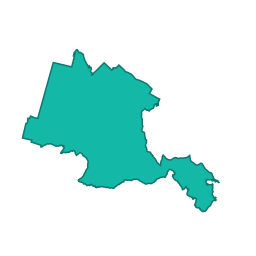 Ghidfalau, Covasna, Romania (Albers equal-area conic projection), rotated 102°
{"feature_id": "2599482B32628699176432", "entity_name": "Ghidfalau", "entity_type": "district", "adm_level": 2, "iso_a3": "ROU", "parent_name": "Romania", "parent_adm1": "Covasna", "projection": "albers", "projection_center": [25.894, 45.924], "detail": "fine", "context": "isolated", "style": "filled", "palette": "teal", "viewbox_px": 256, "rotation_deg": 102, "n_neighbors": 0, "source": "geoboundaries", "source_scale": "gbopen_adm2", "svg_char_len": 5838}
<svg xmlns="http://www.w3.org/2000/svg" viewBox="0 0 256 256"><g transform="rotate(102 128 128)"><path d="M161.9,219.7L162.9,209.5L164.6,209.4L164.4,208.3L162.9,207.1L161.1,204.5L160.3,203.6L160.2,202.4L159.5,200.5L159.5,200.2L160.0,197.9L160.1,196.8L160.4,195.6L160.9,194.6L160.3,193.4L160.2,192.5L159.5,190.8L159.2,190.8L158.9,190.4L158.7,188.1L158.9,187.2L159.7,187.8L160.3,186.4L161.4,186.5L165.7,188.4L165.8,187.7L166.1,187.5L166.7,188.0L166.7,187.6L165.1,186.0L165.0,185.2L165.2,184.5L165.1,183.8L164.2,181.8L164.2,181.2L163.4,179.9L162.5,179.3L162.2,178.9L162.2,178.2L162.4,177.6L161.4,176.7L161.6,175.7L162.5,174.8L164.3,173.9L165.4,172.7L162.1,170.0L162.0,169.7L162.6,167.8L163.5,166.9L164.3,166.4L165.8,162.7L168.9,160.0L173.2,159.7L174.5,159.2L175.5,159.1L178.8,160.6L180.1,160.5L180.9,161.0L184.3,161.8L186.8,163.1L187.5,164.3L188.2,164.7L188.9,165.6L189.7,165.7L190.6,164.8L190.8,161.8L191.2,159.9L191.5,159.3L191.8,159.4L191.5,158.6L192.0,157.8L192.1,157.0L192.4,156.4L192.7,156.3L192.7,155.5L191.9,154.3L191.8,153.4L191.5,153.1L191.8,153.1L191.4,152.5L191.2,152.8L191.1,152.6L191.2,152.0L190.9,151.8L191.7,150.2L192.2,149.9L191.7,148.7L192.1,148.1L191.8,147.8L192.0,147.6L192.4,147.8L192.8,147.5L192.9,146.7L192.6,146.4L192.3,145.1L191.7,145.2L191.5,144.9L191.3,144.3L191.7,143.4L191.4,143.0L190.5,140.8L190.8,140.4L190.6,138.4L190.7,136.9L190.5,136.7L190.6,136.3L190.1,135.6L190.4,134.7L190.6,133.2L190.0,132.0L190.0,130.1L189.6,129.8L189.7,129.3L188.9,128.6L188.1,128.4L187.0,127.1L185.9,126.5L185.3,125.6L185.2,125.1L184.9,125.1L184.7,124.5L183.0,123.6L182.7,123.1L182.9,122.8L182.3,122.5L181.5,120.9L180.0,120.8L179.7,120.4L179.3,119.5L179.2,117.2L178.7,116.2L178.8,115.7L178.6,115.2L178.8,113.9L178.4,113.4L177.7,113.1L177.5,112.3L176.8,111.3L176.5,109.5L176.1,108.8L176.1,107.7L176.4,107.5L176.5,106.6L177.0,106.2L177.9,103.1L178.4,102.1L178.6,100.1L178.9,99.8L179.2,98.9L177.7,95.8L177.7,94.6L177.5,93.7L175.4,91.0L174.9,90.9L173.7,89.8L173.2,89.8L171.6,89.0L171.3,88.0L170.5,86.9L169.6,86.0L169.1,84.3L168.4,83.5L168.2,82.9L168.6,81.5L168.2,81.1L166.8,81.0L165.1,80.2L163.5,80.4L162.6,80.3L161.9,79.8L160.6,79.4L159.8,78.7L159.8,77.5L160.2,76.4L160.4,75.2L160.8,74.5L161.7,73.9L161.9,73.1L162.9,72.5L163.5,72.6L164.0,72.8L164.0,73.1L163.8,73.4L164.4,74.4L164.9,74.5L165.6,74.1L166.2,74.3L166.6,73.6L167.2,73.3L168.1,72.4L169.1,71.0L169.5,69.9L169.5,68.9L170.6,67.7L171.0,67.7L171.4,66.7L173.0,65.2L175.0,62.9L177.0,61.9L176.2,60.5L175.3,60.2L174.5,59.5L173.4,59.1L174.2,58.4L174.5,57.8L175.2,57.6L175.7,56.9L175.3,56.2L175.6,55.7L176.5,56.4L180.1,56.6L180.6,56.5L181.3,55.8L182.2,53.2L182.3,51.1L182.7,50.6L182.7,50.2L183.0,49.8L183.3,50.4L184.1,49.8L184.1,49.5L183.7,48.9L182.5,48.6L183.0,46.2L184.3,46.4L186.2,46.2L187.9,46.6L189.6,46.7L190.7,45.3L191.5,44.9L191.5,44.5L191.7,43.5L191.3,42.7L191.5,42.4L191.3,41.6L191.9,41.1L192.1,41.1L192.2,40.6L192.8,40.4L194.1,38.1L194.1,37.0L193.1,34.9L190.0,33.4L188.9,33.1L186.6,31.2L185.8,30.9L185.1,31.0L182.2,30.0L181.0,29.2L180.9,27.5L180.7,27.1L180.3,26.9L179.9,27.0L179.7,28.0L177.8,27.6L177.7,28.5L178.3,29.5L178.0,29.5L175.6,31.8L174.4,32.2L172.6,31.5L171.5,32.3L171.2,32.3L170.9,32.6L169.1,32.6L166.6,33.3L166.1,33.1L165.5,33.4L165.2,33.8L166.4,33.8L166.1,35.2L166.6,37.0L166.5,37.5L167.2,38.4L167.2,38.6L167.1,38.8L166.5,38.4L166.1,38.4L166.0,38.7L166.3,39.0L166.2,39.7L164.0,40.9L163.7,40.6L163.2,40.7L163.1,40.2L162.1,40.1L161.8,39.4L161.9,37.5L161.4,36.7L161.4,35.9L161.1,35.5L161.2,35.2L162.2,34.8L162.1,34.2L161.4,34.3L161.6,34.1L161.4,32.3L161.8,31.7L163.2,31.5L161.8,31.5L161.9,31.3L161.7,30.8L161.9,30.4L161.7,30.0L161.9,29.2L162.4,28.2L162.3,27.8L160.9,29.3L160.7,30.9L160.8,31.6L160.2,32.5L160.1,33.5L158.1,34.4L157.0,35.6L156.0,35.9L154.8,36.9L154.6,37.4L154.4,39.5L154.2,40.3L153.2,41.4L152.2,43.7L147.7,47.9L147.3,48.6L147.3,49.3L147.5,49.7L148.7,50.9L149.9,52.5L150.0,53.4L149.7,54.2L147.7,58.7L147.0,59.9L146.4,60.3L142.0,62.0L144.0,63.5L145.2,65.6L146.2,68.6L146.5,70.7L147.4,72.4L147.0,74.8L147.2,75.7L147.5,76.4L148.4,77.5L150.2,79.1L150.4,79.7L150.6,82.2L150.1,83.8L149.7,84.8L148.4,86.1L147.8,87.3L147.2,88.0L149.2,88.5L150.2,88.2L152.0,88.2L153.2,88.7L154.5,88.8L157.8,88.4L157.5,89.3L155.6,92.5L152.9,94.6L151.9,95.9L150.6,98.0L149.8,97.9L148.6,99.9L147.1,101.0L147.0,102.7L147.2,103.5L146.7,104.6L143.3,105.9L142.3,106.9L141.3,107.4L137.9,106.9L137.7,106.9L137.4,107.4L136.0,107.3L135.7,107.7L135.4,108.6L135.1,108.8L133.8,109.2L133.1,109.7L129.2,110.9L128.8,111.5L128.7,112.5L128.3,113.6L127.4,114.0L127.0,114.2L123.4,113.8L122.0,114.6L116.1,116.1L115.0,116.7L114.4,117.2L110.9,117.6L109.6,118.2L108.9,118.1L105.5,115.2L106.0,114.9L106.8,113.2L106.4,111.9L107.0,111.0L106.9,110.7L105.6,110.2L103.4,107.5L101.6,107.0L99.9,107.2L98.4,105.6L98.2,105.2L98.4,104.9L100.3,105.1L100.7,104.8L100.6,104.5L99.5,104.3L99.5,103.0L98.7,103.3L98.2,103.9L98.1,103.5L97.5,103.8L97.1,103.4L96.3,103.8L95.3,103.9L95.0,103.8L95.1,103.4L94.5,103.2L93.7,103.5L93.1,103.1L92.5,105.9L89.8,114.3L84.9,112.6L81.5,117.9L80.7,119.3L79.1,126.0L78.7,130.2L78.2,131.3L75.9,134.1L74.4,136.5L74.2,138.0L73.7,139.4L73.4,142.4L72.0,143.9L68.3,150.0L70.2,151.1L71.8,152.4L72.0,152.6L71.9,153.8L72.3,155.1L72.7,155.2L73.4,154.9L74.7,155.9L69.2,164.9L78.3,170.8L81.9,173.4L83.4,173.9L83.6,174.2L82.0,174.3L81.1,175.4L81.0,176.2L80.3,176.7L78.2,176.2L77.0,176.4L76.5,176.7L76.2,177.9L75.6,178.5L77.2,178.7L77.4,179.0L77.2,179.3L75.5,179.9L73.4,182.2L72.2,182.9L71.6,183.8L69.9,184.7L69.2,185.3L67.3,186.3L65.6,186.9L65.2,187.2L65.2,187.6L64.0,190.0L64.0,190.3L64.6,191.1L61.9,194.1L62.2,194.6L65.4,196.2L65.5,195.2L66.9,195.3L66.8,196.3L68.9,196.4L68.9,195.3L79.9,195.8L79.5,214.7L137.3,218.3L137.1,218.9L137.6,220.3L136.6,225.8L139.2,226.3L139.3,227.9L144.1,227.4L144.7,228.8L159.7,229.1L159.9,219.6L161.9,219.7Z" fill="#14b8a6" stroke="#0f766e" stroke-width="1.5"/></g></svg>